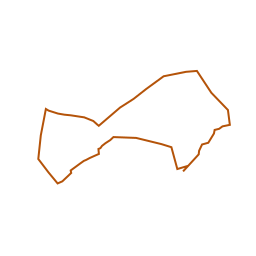 outline of Barh-El-Gazel Sud, Barh El Gazel, Chad, rotated 318°
{"feature_id": "50815135B11223303174297", "entity_name": "Barh-El-Gazel Sud", "entity_type": "district", "adm_level": 2, "iso_a3": "TCD", "parent_name": "Chad", "parent_adm1": "Barh El Gazel", "projection": "albers", "projection_center": [16.372, 13.697], "detail": "fine", "context": "isolated", "style": "outline", "palette": "amber", "viewbox_px": 256, "rotation_deg": 318, "n_neighbors": 0, "source": "geoboundaries", "source_scale": "gbopen_adm2", "svg_char_len": 804}
<svg xmlns="http://www.w3.org/2000/svg" viewBox="0 0 256 256"><g transform="rotate(318 128 128)"><path d="M217.4,131.7L208.6,125.0L189.1,113.4L167.7,111.2L151.6,110.1L135.8,107.5L107.8,106.8L107.8,106.7L107.5,105.2L106.9,99.6L102.5,90.6L102.1,90.2L93.9,80.2L89.7,75.6L85.6,70.4L80.6,61.9L79.7,58.9L71.8,64.9L58.3,75.1L40.6,91.0L39.2,107.9L38.6,122.1L43.5,123.7L55.7,123.4L57.0,121.2L62.9,121.8L68.9,122.4L73.2,122.9L75.5,123.7L79.5,124.7L84.5,126.3L89.0,127.8L92.0,123.8L94.0,124.5L96.7,123.9L101.1,124.2L106.7,125.1L111.1,125.0L127.4,140.8L142.1,162.4L147.4,171.3L137.2,191.5L147.3,196.3L139.9,197.1L162.9,194.9L165.6,192.5L172.0,189.8L177.8,192.7L188.2,189.6L191.1,187.4L195.2,189.6L199.3,190.0L205.8,193.8L214.3,181.5L213.5,157.6L217.4,131.7Z" fill="none" stroke="#b45309" stroke-width="2"/></g></svg>